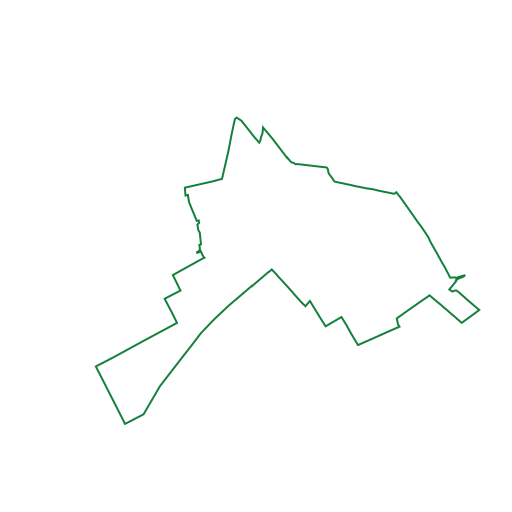 Crangeni, Teleorman, Romania (Mercator projection), rotated 159°
{"feature_id": "2599482B26169068281566", "entity_name": "Crangeni", "entity_type": "district", "adm_level": 2, "iso_a3": "ROU", "parent_name": "Romania", "parent_adm1": "Teleorman", "projection": "mercator", "projection_center": [24.773, 44.008], "detail": "fine", "context": "isolated", "style": "outline", "palette": "green", "viewbox_px": 512, "rotation_deg": 159, "n_neighbors": 0, "source": "geoboundaries", "source_scale": "gbopen_adm2", "svg_char_len": 3464}
<svg xmlns="http://www.w3.org/2000/svg" viewBox="0 0 512 512"><g transform="rotate(159 256 256)"><path d="M203.4,373.5L205.7,368.6L209.0,364.8L210.7,362.0L212.4,360.7L215.0,367.8L221.1,387.5L224.4,392.1L226.4,391.5L228.3,388.9L235.7,377.5L244.1,363.9L254.5,348.5L260.1,340.2L262.0,340.4L269.8,341.2L297.9,345.3L298.2,344.3L300.0,338.2L300.1,337.7L297.7,337.4L298.0,336.4L299.2,330.2L299.0,319.9L298.8,314.8L298.8,313.7L298.7,310.0L297.1,309.7L296.8,309.7L297.2,307.3L299.4,306.4L300.6,300.6L300.1,298.1L303.2,286.6L304.2,286.6L304.9,286.6L304.9,286.4L305.6,283.7L306.1,281.9L306.3,281.4L307.4,281.4L307.7,280.8L308.8,280.8L309.7,280.7L309.7,280.0L308.9,280.0L306.6,279.9L306.0,279.9L305.7,279.9L305.7,277.2L305.3,274.1L305.3,273.9L305.0,273.3L304.8,272.9L305.1,272.9L306.2,272.8L312.8,271.9L330.7,269.4L340.4,268.0L340.3,266.3L338.9,250.8L356.1,248.9L356.6,248.8L354.6,231.6L353.8,222.5L353.8,221.8L390.4,217.2L426.2,212.4L445.1,210.3L438.4,146.2L417.8,148.5L417.7,148.5L392.3,168.9L392.0,169.1L359.4,188.9L347.2,196.2L335.1,203.7L332.9,204.7L320.1,210.8L317.0,212.2L308.6,215.6L302.1,218.3L297.2,220.2L288.6,223.2L277.3,227.2L270.6,229.6L270.5,229.3L263.5,231.8L258.5,233.6L257.3,234.0L250.9,236.3L248.4,236.9L246.1,237.8L243.7,232.0L242.8,229.4L242.1,227.5L240.9,224.7L239.8,221.8L238.9,219.6L238.6,218.8L237.2,215.2L236.2,212.5L234.8,209.0L234.4,207.6L233.2,204.3L230.3,196.8L227.9,191.4L221.8,194.7L220.0,185.0L217.8,173.2L216.2,165.4L210.2,166.4L198.1,168.4L196.3,158.9L195.0,149.4L193.9,143.2L192.8,136.8L192.7,136.3L174.9,137.2L158.4,138.1L147.4,138.6L147.9,140.8L147.9,141.2L147.4,144.5L147.2,145.7L146.9,147.3L143.8,148.1L142.1,148.5L138.4,149.5L135.7,150.2L126.1,152.6L122.5,153.5L122.2,153.6L116.6,155.0L110.8,156.3L108.1,157.1L103.4,148.5L102.1,146.3L101.3,144.9L100.8,144.0L99.9,142.3L99.2,140.9L97.9,138.5L96.9,136.8L96.2,135.4L95.8,134.6L95.3,133.7L95.0,133.1L94.6,132.3L94.2,131.7L94.0,131.2L93.7,130.6L93.5,130.2L93.0,129.5L92.5,128.6L92.2,127.9L92.0,127.6L91.7,127.1L91.5,126.8L91.3,126.3L90.9,125.5L90.5,124.7L89.8,123.4L89.5,122.7L88.8,121.5L88.5,121.0L88.3,120.5L88.2,120.3L88.0,120.0L87.9,119.9L87.1,120.1L78.0,122.5L66.9,125.6L69.5,130.3L73.8,138.2L79.6,149.4L81.1,151.7L81.8,152.3L82.4,152.4L85.2,152.4L85.5,152.5L87.5,155.5L79.2,160.2L78.3,160.7L78.6,161.0L78.4,161.3L78.0,161.7L77.7,162.0L77.1,162.1L76.1,162.1L75.5,162.2L75.1,162.4L74.2,162.5L73.4,162.4L72.7,162.3L71.8,162.3L70.8,162.4L70.3,162.4L69.3,162.5L68.4,162.8L68.4,163.2L71.5,163.5L74.5,163.8L76.7,163.6L77.5,164.5L79.3,165.2L82.3,166.1L82.8,166.8L82.6,167.9L84.0,179.4L84.2,180.0L84.2,180.5L84.3,180.8L84.5,182.2L84.7,183.7L85.1,186.2L85.1,186.6L85.2,187.2L85.3,188.0L85.4,188.6L85.5,189.0L85.6,189.5L85.7,190.7L85.8,191.3L85.8,191.8L85.9,192.4L86.1,193.8L86.6,196.7L88.1,206.9L88.3,210.3L88.4,211.8L88.6,212.7L89.4,216.4L91.2,224.3L92.4,228.3L92.7,229.2L94.9,238.2L97.6,248.9L100.3,259.4L100.8,260.8L101.2,261.9L102.1,265.2L103.8,264.7L104.8,264.6L105.0,264.7L106.2,265.5L111.9,269.1L118.8,273.5L119.4,274.0L122.8,276.3L126.1,278.2L127.0,278.7L127.9,279.1L131.5,281.4L138.8,286.0L143.1,289.0L145.4,290.4L145.9,290.7L148.1,292.2L150.6,293.8L151.7,294.5L155.4,296.9L156.1,297.5L157.3,302.6L158.3,306.0L158.5,307.4L157.9,311.0L157.9,312.1L158.2,313.0L158.6,313.5L160.7,314.6L173.7,321.4L184.6,327.1L185.9,327.3L187.8,329.7L188.3,330.0L189.5,331.0L189.8,331.6L190.7,334.2L191.5,336.6L191.8,336.4L198.5,359.3L203.4,373.5Z" fill="none" stroke="#15803d" stroke-width="2"/></g></svg>